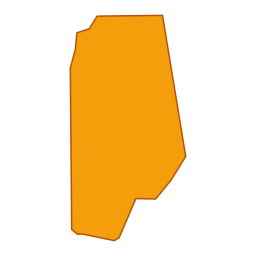 Vance, North Carolina, United States of America
{"feature_id": "52423323B47180624843803", "entity_name": "Vance", "entity_type": "district", "adm_level": 2, "iso_a3": "USA", "parent_name": "United States of America", "parent_adm1": "North Carolina", "projection": "robinson", "projection_center": [-78.426, 36.354], "detail": "fine", "context": "isolated", "style": "filled", "palette": "amber", "viewbox_px": 256, "rotation_deg": 0, "n_neighbors": 0, "source": "geoboundaries", "source_scale": "gbopen_adm2", "svg_char_len": 342}
<svg xmlns="http://www.w3.org/2000/svg" viewBox="0 0 256 256"><path d="M162.5,15.4L107.2,16.0L104.8,16.0L97.1,16.2L89.2,28.8L76.9,32.8L75.4,49.1L70.3,68.2L71.3,180.5L71.7,229.6L77.5,234.2L82.8,234.1L114.3,240.6L119.2,237.5L135.9,198.6L155.6,199.0L171.0,180.2L185.7,156.5L162.5,15.4Z" fill="#f59e0b" stroke="#b45309" stroke-width="1.5"/></svg>